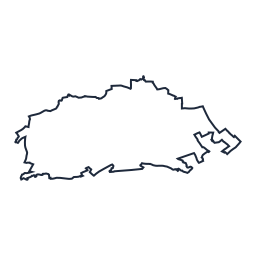 Boghis, Salaj, Romania
{"feature_id": "2599482B63349683739439", "entity_name": "Boghis", "entity_type": "district", "adm_level": 2, "iso_a3": "ROU", "parent_name": "Romania", "parent_adm1": "Salaj", "projection": "equal_earth", "projection_center": [22.749, 47.16], "detail": "fine", "context": "isolated", "style": "outline", "palette": "slate", "viewbox_px": 256, "rotation_deg": 0, "n_neighbors": 0, "source": "geoboundaries", "source_scale": "gbopen_adm2", "svg_char_len": 5768}
<svg xmlns="http://www.w3.org/2000/svg" viewBox="0 0 256 256"><path d="M89.8,172.1L92.0,174.2L93.1,175.1L93.7,175.7L93.9,175.7L96.0,173.8L99.0,171.6L103.4,169.1L110.9,165.0L112.2,164.5L113.3,165.6L113.4,166.1L113.1,166.9L113.1,167.2L112.8,167.7L112.8,168.0L112.4,168.1L111.8,168.1L111.5,168.3L111.5,168.6L111.6,168.9L111.3,169.4L111.0,170.2L110.8,170.4L109.8,170.7L109.7,170.8L109.5,171.1L109.5,171.3L109.9,172.0L113.8,171.7L114.3,171.3L131.3,170.0L142.2,168.9L143.4,167.4L140.8,165.9L140.4,165.6L140.3,165.4L140.3,165.2L141.3,164.3L142.0,163.2L143.1,163.5L145.4,163.8L148.2,163.9L149.1,163.9L149.3,164.0L150.2,163.9L152.4,164.8L153.1,165.2L155.5,165.7L156.7,165.8L161.2,165.7L163.1,165.8L164.8,166.2L167.0,166.6L171.1,168.4L172.6,169.5L173.8,169.7L174.5,169.4L175.1,169.4L176.3,169.7L176.9,170.0L177.8,170.9L178.2,170.6L178.2,170.3L178.1,170.0L177.2,169.2L177.7,169.2L178.0,168.9L178.6,168.7L179.8,169.5L180.7,170.3L181.5,170.7L182.2,170.6L183.1,171.5L184.3,172.0L184.5,171.9L186.7,172.6L187.3,172.9L188.8,172.0L190.0,170.4L190.8,169.9L191.1,169.4L192.0,168.7L192.3,168.0L191.5,167.1L190.9,166.8L190.3,166.7L189.2,167.2L188.1,167.6L187.8,167.6L187.2,167.4L186.4,166.0L186.7,165.3L185.7,163.0L184.6,162.7L184.5,162.8L183.3,162.4L183.3,161.9L182.7,161.7L182.6,161.4L182.7,160.9L182.7,160.6L182.1,160.3L178.2,159.1L177.7,158.7L194.0,153.1L195.2,155.0L196.0,157.0L196.3,157.6L196.9,159.7L197.6,160.9L198.8,162.8L199.0,162.8L203.1,160.9L202.7,160.0L203.0,159.5L202.9,158.9L202.3,157.8L201.9,157.7L201.7,157.5L201.9,157.2L202.4,155.7L202.9,154.9L205.1,153.2L207.4,151.7L208.6,152.1L208.9,151.9L209.3,151.4L208.8,151.0L207.4,150.3L204.4,147.8L203.4,147.2L202.5,147.1L202.3,147.2L199.7,143.3L198.0,141.0L197.5,140.1L197.6,139.6L197.4,139.2L195.7,136.9L194.4,134.7L195.5,134.2L197.0,133.4L199.5,132.4L199.9,133.0L201.8,136.8L208.7,133.6L208.7,132.5L213.2,132.6L212.7,134.7L212.4,135.6L211.9,138.5L212.1,139.3L211.4,139.7L212.2,141.1L212.5,141.3L213.2,140.9L214.2,142.5L214.5,142.8L218.8,142.2L219.8,141.5L221.9,139.8L223.3,141.4L223.7,141.8L224.2,141.9L225.7,143.2L226.2,143.5L227.7,144.7L228.1,145.2L229.1,146.2L226.9,147.7L226.2,148.3L224.3,149.5L222.0,151.4L224.4,152.6L224.9,152.0L225.2,152.2L226.5,153.3L227.2,154.1L230.6,150.9L233.0,149.1L235.7,147.3L239.2,143.4L240.6,141.6L234.8,135.8L233.9,137.1L233.6,136.9L231.7,135.1L230.4,134.1L230.0,133.5L229.6,133.3L229.2,132.8L228.9,132.6L228.6,132.0L228.2,131.7L227.7,131.1L227.4,131.0L225.4,128.8L219.5,132.9L218.7,132.1L218.7,131.8L218.6,131.4L215.1,127.7L214.2,126.5L209.1,119.5L206.1,113.6L203.6,108.2L202.8,106.3L201.0,106.7L199.9,106.8L198.0,107.5L194.1,108.4L191.8,108.5L188.5,108.5L184.8,108.2L181.9,108.5L181.9,103.7L182.2,103.6L181.8,97.8L180.8,98.0L179.4,98.1L177.4,98.5L177.2,98.8L176.6,98.7L175.0,99.0L174.9,98.9L175.0,98.5L175.4,97.5L175.4,96.7L175.5,96.6L174.2,96.0L173.9,95.7L172.6,95.4L172.2,95.1L171.2,94.7L170.4,94.3L168.2,93.6L168.3,92.7L168.2,92.3L168.3,90.2L166.5,88.7L165.3,88.0L163.2,88.2L159.2,89.2L157.7,89.4L157.2,89.4L156.8,88.5L154.5,85.3L153.4,83.3L153.1,82.9L152.8,82.8L152.8,81.7L150.3,81.5L145.7,81.6L145.4,81.3L145.2,80.6L144.8,80.4L144.5,80.3L144.5,80.1L144.0,80.0L143.9,79.5L143.4,79.0L143.3,78.7L143.8,78.0L144.0,77.6L144.0,77.3L143.5,76.3L143.2,76.4L143.1,76.7L143.2,78.1L141.8,79.3L141.5,79.5L140.8,79.5L140.2,79.1L138.9,80.3L137.9,80.7L137.2,81.1L136.3,80.9L136.3,80.2L131.0,79.9L130.9,81.8L131.0,84.9L130.9,88.7L131.3,89.1L127.3,87.4L123.7,86.4L121.7,85.7L120.7,85.5L111.5,85.9L111.7,89.0L106.3,91.0L106.3,92.7L106.1,93.6L105.7,94.4L104.8,95.8L103.6,96.8L102.5,97.4L101.7,98.1L101.1,98.4L99.0,98.8L98.8,98.2L98.7,98.1L96.6,97.9L95.7,97.0L95.1,96.9L94.3,97.0L92.1,96.9L87.3,96.6L85.2,96.1L84.9,96.1L84.9,96.5L83.9,96.6L81.4,97.5L78.6,97.7L76.9,96.9L75.4,96.3L73.5,96.6L72.3,96.4L69.2,94.6L69.0,95.5L68.1,95.0L67.6,96.0L67.3,97.0L62.9,97.7L62.6,97.9L61.8,100.4L61.5,100.7L60.8,100.7L60.3,100.4L59.9,100.3L58.9,100.8L58.7,101.2L58.6,102.3L58.6,102.7L58.8,103.0L58.7,104.2L57.7,105.9L57.5,106.6L56.9,107.1L56.4,108.2L56.0,108.6L51.7,110.4L50.4,111.1L47.5,110.7L46.8,110.3L45.7,110.3L44.4,110.7L40.4,113.0L39.3,113.5L36.1,114.4L31.3,115.5L28.9,116.4L29.7,117.8L30.0,119.2L29.8,119.5L29.3,121.3L29.1,123.2L28.5,126.5L28.5,127.0L25.4,126.3L24.7,127.2L22.9,128.9L21.1,130.1L16.2,132.7L16.4,133.0L17.2,133.8L18.0,135.2L18.8,136.3L18.8,136.6L18.0,137.5L17.6,137.9L17.4,138.7L16.9,139.4L16.3,139.6L16.4,140.1L16.3,140.4L16.0,140.7L16.0,141.1L15.4,141.8L15.4,142.2L15.5,142.3L16.7,142.3L17.9,142.9L18.4,142.3L19.2,140.9L21.3,138.9L22.4,138.1L25.4,136.8L25.2,137.8L24.9,142.2L25.0,145.6L25.4,147.6L27.1,152.3L27.1,152.8L27.0,153.9L26.6,155.3L26.1,158.6L25.7,159.7L24.5,162.4L26.5,162.9L27.3,162.7L29.7,162.6L30.0,163.1L33.2,164.3L29.1,171.6L30.8,171.6L31.9,171.9L29.5,172.6L27.1,173.1L26.1,173.1L24.8,173.0L24.4,173.2L24.0,173.7L23.3,174.2L22.0,174.6L21.8,175.3L21.2,176.3L21.0,177.1L20.8,177.5L20.7,178.0L21.3,179.5L22.0,179.2L23.0,178.4L23.5,178.2L24.9,178.8L26.5,179.7L27.4,179.7L27.7,179.2L27.3,178.5L27.3,178.1L28.5,177.8L28.7,177.6L30.1,177.1L31.1,176.6L31.9,175.8L32.3,176.0L33.8,175.2L34.1,175.2L34.7,175.5L34.8,176.5L35.1,176.9L35.7,176.8L36.2,176.4L36.4,176.1L36.1,175.7L36.1,175.4L36.4,175.0L36.6,174.8L37.3,174.5L37.7,174.4L38.2,174.5L38.7,174.4L41.2,175.0L41.6,175.0L42.4,174.9L42.7,174.7L42.7,173.9L42.9,173.8L44.8,173.8L46.0,173.5L48.0,174.0L48.4,174.1L48.8,174.8L49.0,174.9L49.3,178.0L50.5,177.8L50.6,178.8L52.7,178.7L54.3,178.4L56.5,177.8L57.2,177.8L60.3,177.9L68.1,178.8L69.3,178.9L71.8,178.7L72.6,178.1L73.7,177.1L74.5,177.0L77.0,176.9L78.7,176.7L80.4,176.0L80.8,176.6L82.8,175.8L82.0,175.2L81.2,173.1L82.9,172.2L87.6,170.3L87.6,170.1L85.9,168.3L86.5,167.9L88.6,167.1L89.2,167.8L91.2,169.4L90.1,171.7L89.9,171.9L89.8,172.1Z" fill="none" stroke="#1e293b" stroke-width="2"/></svg>